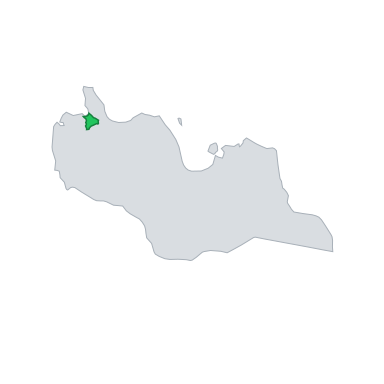 location of Ben Arous (Tunis Sud) within Tunisia, rotated 293°
{"feature_id": "TUN-104", "entity_name": "Ben Arous (Tunis Sud)", "entity_type": "Governorate", "adm_level": 1, "iso_a3": "TUN", "parent_name": "Tunisia", "parent_adm1": "", "projection": "mercator", "projection_center": [10.195, 36.63], "detail": "fine", "context": "in_parent", "style": "filled", "palette": "green", "viewbox_px": 384, "rotation_deg": 293, "n_neighbors": 0, "source": "natural_earth", "source_scale": "10m", "svg_char_len": 3101}
<svg xmlns="http://www.w3.org/2000/svg" viewBox="0 0 384 384"><g transform="rotate(293 192 192)"><path d="M263.0,221.0L262.9,222.1L261.7,230.2L261.4,233.1L261.2,238.0L261.2,243.9L264.1,248.9L264.1,251.1L263.0,253.6L257.8,256.5L251.0,260.3L245.2,263.8L238.8,267.7L236.8,270.2L233.7,272.1L231.0,274.0L230.6,275.9L228.7,279.4L226.3,282.2L220.2,283.5L219.1,284.3L216.3,288.5L215.0,290.2L213.4,293.6L215.5,302.5L218.0,311.6L218.5,315.4L218.4,318.6L217.0,322.0L213.8,326.9L211.4,330.4L206.9,336.8L205.5,338.4L202.4,340.3L196.4,342.7L192.1,344.9L189.9,335.2L188.1,326.8L186.6,319.9L183.9,307.7L181.6,297.4L179.3,287.0L177.2,277.6L175.2,268.0L174.3,266.6L168.0,262.1L162.3,258.0L156.3,253.3L149.8,248.1L148.7,241.7L145.4,231.9L141.9,226.4L140.6,225.0L133.5,221.4L129.4,218.8L128.3,217.3L127.5,213.3L124.6,205.3L121.3,198.1L120.0,193.1L119.9,186.9L120.5,182.5L122.0,180.5L128.9,174.9L132.1,168.2L136.1,165.7L139.5,163.8L142.3,161.6L144.8,158.0L146.6,154.2L147.0,150.0L147.8,143.5L149.0,138.9L152.0,133.7L150.7,129.5L149.2,125.0L149.6,117.1L149.2,113.9L148.0,111.1L146.7,107.5L146.7,104.4L147.9,96.5L148.8,90.4L150.3,82.5L149.8,80.2L148.7,78.6L145.3,76.8L145.3,75.8L146.1,74.6L151.1,70.7L153.7,65.0L156.0,63.8L159.3,61.7L159.2,59.5L158.5,57.1L167.3,54.4L175.7,47.3L178.7,45.6L198.1,39.1L200.7,39.5L203.5,40.5L202.7,42.9L201.6,44.9L203.2,48.3L205.6,46.2L205.0,44.8L204.8,42.9L208.9,42.8L212.4,43.1L216.3,45.1L216.0,52.8L221.2,60.3L219.8,64.1L224.0,66.3L227.8,63.6L229.7,59.7L236.6,57.4L243.3,51.7L246.9,51.1L247.7,55.8L249.5,59.9L247.0,61.4L243.8,65.8L237.8,76.9L232.2,80.2L228.1,84.4L226.7,87.5L226.3,91.0L227.3,97.3L230.4,103.7L233.9,107.6L237.3,108.8L245.1,114.9L245.0,118.5L246.1,122.8L246.5,128.0L249.3,132.1L243.4,141.1L240.2,147.6L234.0,156.6L228.4,162.4L216.4,171.0L213.5,173.8L211.6,176.8L210.7,179.9L211.0,183.5L215.0,192.4L220.2,197.6L225.5,200.4L234.8,199.3L234.4,202.7L235.1,206.8L238.9,206.6L241.4,206.0L243.5,202.0L248.0,204.7L250.4,213.0L254.2,215.6L254.6,216.5L253.3,217.2L252.2,218.1L253.4,218.8L257.1,219.8L259.3,219.2L263.0,221.0ZM243.5,197.9L242.5,198.1L240.8,199.2L239.9,199.4L237.3,198.1L236.3,198.1L235.1,197.2L235.5,192.1L235.9,190.7L242.2,190.5L245.6,193.5L246.2,194.3L246.3,195.2L244.7,196.9L243.5,197.9ZM254.9,153.3L249.4,156.4L250.5,153.7L254.1,150.4L255.0,151.2L254.9,153.3Z" fill="#d9dde1" stroke="#a8b0b8" stroke-width="1"/><path d="M218.4,63.6L218.5,63.5L219.0,62.5L219.8,64.2L220.7,65.5L222.0,66.3L223.7,66.5L224.2,66.4L224.1,66.6L223.3,69.4L222.0,72.2L221.9,72.6L222.0,72.9L222.1,74.0L221.5,77.9L220.6,78.0L220.3,78.1L220.0,78.2L218.7,79.0L218.3,79.1L218.1,79.0L217.8,78.6L217.7,78.3L217.7,78.1L217.8,78.0L217.8,77.8L217.5,77.3L214.2,74.4L214.1,74.2L213.2,73.4L211.7,72.8L211.1,72.6L210.7,72.5L210.3,72.7L210.0,72.7L209.8,72.7L209.6,72.6L209.2,72.2L209.0,71.9L208.3,70.6L208.8,70.5L209.5,70.0L211.2,68.2L211.7,68.3L212.0,68.3L212.5,68.4L213.3,68.2L213.5,68.1L213.7,67.9L214.2,67.2L214.5,67.0L215.3,67.1L215.6,67.1L216.0,67.0L216.3,67.0L216.5,66.9L216.8,66.7L217.3,66.2L217.8,65.9L218.0,65.4L218.4,63.8L218.4,63.6Z" fill="#22c55e" stroke="#15803d" stroke-width="1.5"/></g></svg>